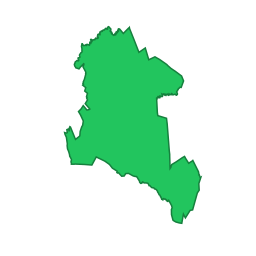 outline of Ķoņu pag., Nauksenu, Latvia, rotated 80°
{"feature_id": "27541924B96049400347386", "entity_name": "Ķoņu pag.", "entity_type": "district", "adm_level": 2, "iso_a3": "LVA", "parent_name": "Latvia", "parent_adm1": "Nauksenu", "projection": "equal_earth", "projection_center": [25.349, 57.938], "detail": "fine", "context": "isolated", "style": "filled", "palette": "green", "viewbox_px": 256, "rotation_deg": 80, "n_neighbors": 0, "source": "geoboundaries", "source_scale": "gbopen_adm2", "svg_char_len": 5597}
<svg xmlns="http://www.w3.org/2000/svg" viewBox="0 0 256 256"><g transform="rotate(80 128 128)"><path d="M72.3,78.7L66.1,84.9L62.6,89.1L64.4,95.7L52.2,97.1L55.4,104.1L42.3,106.7L30.3,109.2L29.3,109.2L30.1,110.0L29.8,110.2L31.0,111.9L34.1,116.2L29.0,119.1L29.0,119.4L29.2,119.6L28.9,119.8L28.7,120.2L29.1,120.5L29.8,120.6L30.4,120.5L31.1,120.7L31.4,121.3L31.0,121.5L31.8,121.8L31.5,122.0L31.1,122.0L31.4,122.4L31.3,122.5L31.3,122.9L32.0,123.2L31.9,123.3L32.0,123.4L32.7,123.2L32.7,123.6L32.9,123.8L33.5,123.9L33.8,123.7L34.0,123.8L34.1,124.0L33.6,124.3L33.4,124.3L33.4,124.6L33.2,124.7L33.7,125.0L33.7,125.4L34.3,125.7L34.3,126.0L33.8,126.3L33.4,126.9L32.2,127.1L32.4,127.5L32.4,127.8L32.1,127.9L31.3,127.5L30.7,127.5L30.3,127.9L30.3,128.4L29.5,128.8L29.3,128.8L28.9,128.0L27.5,127.7L26.8,128.3L26.0,128.6L24.9,129.4L24.8,129.5L24.8,129.9L25.4,130.4L25.8,130.9L26.1,131.0L26.7,130.8L27.0,130.9L27.2,131.2L27.2,131.5L26.2,132.2L26.0,132.6L26.1,133.0L26.9,133.7L27.4,134.3L27.4,135.0L27.2,135.1L27.2,135.3L27.4,135.5L27.4,135.8L28.3,136.5L27.8,137.4L28.5,137.8L28.6,138.3L28.5,138.8L29.0,139.1L29.5,138.9L29.8,139.0L30.0,139.1L30.2,139.4L29.9,139.6L30.2,139.8L30.3,139.8L30.7,139.4L31.1,139.3L31.3,139.4L30.8,140.8L30.5,140.9L30.5,141.1L30.9,141.6L33.1,142.4L33.2,142.2L33.4,142.1L33.0,141.8L33.7,141.6L34.2,141.7L34.6,142.9L34.3,143.8L34.3,144.4L34.1,144.4L34.3,144.7L35.2,145.2L35.0,145.8L35.3,146.2L35.2,146.5L35.1,147.1L35.6,147.7L35.5,147.8L34.5,148.6L34.2,149.0L34.4,149.4L34.7,149.5L35.7,149.2L36.4,148.6L36.7,148.6L37.0,149.0L37.0,149.4L37.9,149.8L37.7,150.0L36.8,150.1L36.7,150.4L37.0,150.7L37.8,151.0L38.6,151.0L39.1,151.2L39.3,151.3L39.2,151.6L39.7,151.8L38.5,153.7L38.6,154.0L39.3,154.4L39.3,154.6L39.1,154.7L39.4,154.9L39.3,155.0L38.8,155.3L39.2,156.0L39.1,156.6L39.2,156.8L39.0,157.0L38.9,157.2L39.1,157.5L38.8,158.0L38.4,158.0L38.5,158.5L37.1,158.3L37.0,158.6L37.3,158.9L38.3,159.1L39.0,159.5L39.8,159.7L40.8,159.6L42.1,159.6L43.5,159.9L44.7,160.0L45.1,160.2L45.5,160.6L45.8,161.4L47.5,163.0L48.2,163.2L49.4,163.0L50.0,163.1L50.2,163.4L50.3,164.9L50.5,165.1L51.6,165.0L52.4,164.7L53.0,164.9L53.2,165.2L53.3,165.5L52.7,166.3L52.7,166.5L53.5,167.9L53.7,168.4L54.1,168.7L55.0,169.0L55.8,169.7L56.1,169.8L57.6,169.7L58.4,169.4L58.9,169.1L59.6,169.0L61.3,166.0L59.8,164.4L57.0,160.5L57.3,160.3L58.9,161.0L59.9,161.7L65.1,160.0L66.1,159.9L67.1,160.3L67.3,160.1L72.5,162.5L74.9,164.1L75.3,164.0L76.4,164.7L77.1,164.2L77.9,165.2L80.9,162.6L84.1,164.2L86.8,161.9L90.1,163.5L90.7,163.0L91.4,163.5L93.3,163.0L96.6,165.9L102.7,162.3L103.1,163.1L103.2,165.3L98.2,168.2L101.1,170.9L103.2,173.9L106.9,172.5L113.3,170.8L117.5,172.2L118.6,173.2L119.6,173.8L123.1,175.7L127.4,176.8L128.2,178.1L130.1,181.7L117.1,184.5L116.6,185.0L117.5,185.6L118.3,185.9L120.5,186.2L120.5,186.5L118.6,186.8L119.0,188.5L122.0,188.6L122.3,189.4L121.9,190.5L121.5,191.2L123.4,191.1L126.4,190.3L133.1,190.5L134.8,191.0L138.1,191.2L140.0,190.7L141.8,190.4L144.2,190.2L145.6,190.3L146.2,190.1L148.6,189.3L149.3,189.2L149.8,189.3L150.3,189.6L151.4,190.0L153.5,189.9L153.8,190.0L154.3,187.3L154.3,186.4L156.3,177.4L158.2,170.0L151.0,164.3L156.5,156.7L159.6,153.6L160.8,152.5L164.9,150.3L168.7,146.1L169.9,146.7L170.5,146.2L170.5,145.1L174.4,142.6L174.6,140.1L172.5,138.2L172.6,137.2L172.8,135.3L176.2,131.1L176.7,129.8L176.9,129.6L177.1,128.7L177.5,128.1L177.4,127.9L179.2,127.1L180.5,126.7L182.2,125.9L183.2,126.0L184.7,125.2L184.7,124.9L184.8,124.5L184.2,123.9L184.4,123.4L183.7,123.0L183.6,122.9L183.8,122.6L184.9,121.7L185.1,120.2L185.8,118.1L186.3,117.8L188.5,117.2L188.5,116.5L190.7,115.1L191.2,114.0L191.2,113.5L191.5,112.9L192.6,112.5L192.7,111.9L193.7,110.7L194.6,110.3L195.1,110.0L195.8,110.0L196.3,109.9L196.6,109.6L199.2,108.9L199.7,108.2L201.5,107.9L201.7,107.6L201.9,107.4L202.4,107.5L202.8,107.4L203.0,107.3L204.0,107.2L204.0,106.9L204.8,106.2L203.8,105.7L203.7,105.5L203.7,105.4L204.0,105.3L204.1,105.1L203.9,104.8L204.4,104.4L204.6,104.0L204.5,103.6L204.9,103.4L205.1,102.9L205.9,102.8L205.9,102.6L206.3,102.4L206.2,102.1L206.5,101.9L207.1,101.9L207.2,101.6L206.5,101.4L206.4,101.0L206.2,100.8L206.5,100.6L206.5,100.4L206.9,100.4L207.5,100.0L212.2,98.5L214.3,98.4L215.8,99.4L220.9,100.2L226.6,99.7L226.9,99.5L228.8,97.3L230.3,94.2L231.2,91.6L222.5,88.4L226.5,87.1L219.9,81.1L219.9,78.6L204.0,71.0L201.6,68.7L195.0,67.9L189.2,64.8L189.5,65.5L186.6,65.9L186.6,66.2L183.3,66.2L171.2,69.8L171.7,70.6L172.6,72.9L173.3,74.3L172.2,74.8L167.6,76.7L166.8,76.9L165.8,77.3L166.5,79.1L166.5,79.3L169.7,86.4L171.6,91.3L172.1,91.5L172.8,92.0L174.3,92.7L175.2,93.6L163.5,91.9L161.1,91.5L157.5,91.3L130.8,88.7L125.1,88.4L121.0,96.5L117.7,96.4L104.0,94.7L104.2,94.3L103.3,94.1L103.4,93.8L103.3,93.0L103.1,93.0L102.6,93.2L102.2,93.1L102.2,92.9L102.4,92.7L103.5,92.4L103.7,92.2L103.1,91.7L102.3,91.6L102.0,91.4L102.2,91.1L103.0,90.9L102.3,90.4L102.8,89.9L102.7,89.6L103.0,88.9L102.9,88.6L102.4,88.5L101.0,88.6L101.4,88.3L101.4,88.1L100.5,87.4L100.6,87.2L101.2,87.2L101.3,87.1L101.1,86.7L101.3,86.5L101.8,86.4L101.7,86.2L101.2,85.8L101.8,85.5L101.4,85.3L101.4,85.1L102.2,84.7L101.7,84.3L101.4,83.4L101.7,83.2L102.5,82.9L102.8,82.6L102.6,82.2L102.7,81.8L102.5,81.6L101.7,81.8L101.5,81.7L102.4,80.9L102.6,80.2L102.4,79.8L101.6,79.2L101.6,78.9L101.9,78.7L103.0,78.7L102.9,78.0L103.2,77.4L102.8,75.9L102.9,75.6L103.2,75.2L104.1,74.9L104.1,74.6L103.7,74.4L103.8,74.0L103.6,73.6L103.0,73.4L102.3,73.4L101.0,73.9L100.4,73.6L99.9,72.7L98.8,72.3L98.6,71.8L98.1,71.6L97.8,71.2L97.8,70.9L96.9,69.7L97.3,68.6L91.3,65.1L86.1,66.2L81.0,71.0L76.3,75.8L76.2,75.8L73.2,78.2L72.3,78.7Z" fill="#22c55e" stroke="#15803d" stroke-width="1.5"/></g></svg>